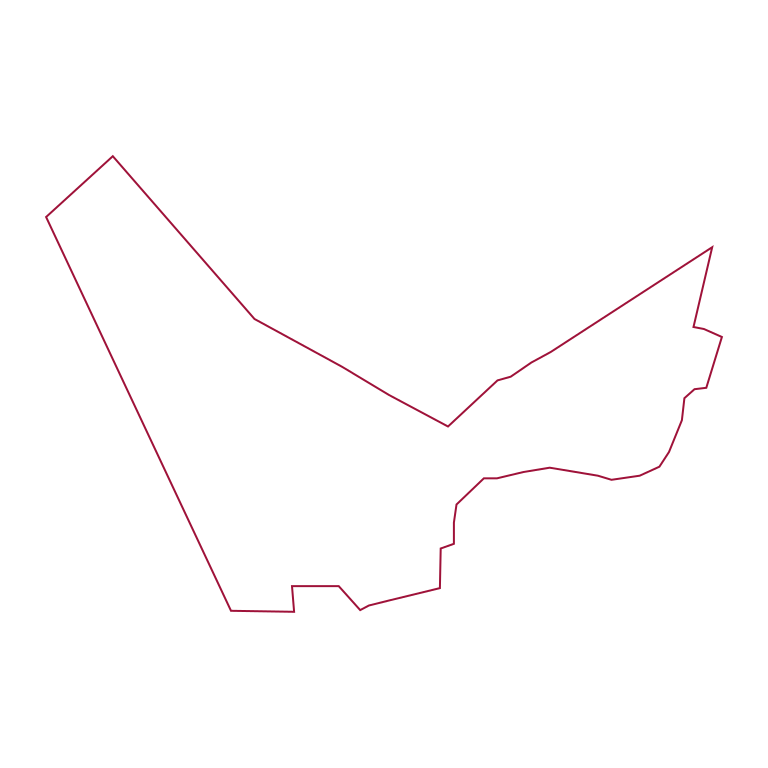 the district of Messias Targino, Rio Grande do Norte, Brazil
{"feature_id": "56859067B56904102074746", "entity_name": "Messias Targino", "entity_type": "district", "adm_level": 2, "iso_a3": "BRA", "parent_name": "Brazil", "parent_adm1": "Rio Grande do Norte", "projection": "albers", "projection_center": [-37.447, -6.084], "detail": "fine", "context": "isolated", "style": "outline", "palette": "rose", "viewbox_px": 768, "rotation_deg": 0, "n_neighbors": 0, "source": "geoboundaries", "source_scale": "gbopen_adm2", "svg_char_len": 630}
<svg xmlns="http://www.w3.org/2000/svg" viewBox="0 0 768 768"><path d="M712.2,247.2L550.7,352.0L531.4,362.5L510.7,376.7L497.5,380.4L448.0,426.5L389.2,395.1L341.9,366.7L293.0,340.0L254.5,319.0L112.8,156.2L46.1,217.0L120.0,374.5L231.0,610.8L294.1,611.8L292.0,586.1L338.7,586.1L360.2,610.1L368.9,605.5L389.4,600.4L439.9,588.1L440.7,548.5L453.9,543.8L453.9,522.6L456.5,504.5L483.9,478.3L497.1,478.3L523.5,472.0L549.7,467.7L597.9,475.7L611.5,479.8L639.7,475.7L659.4,466.7L669.0,452.0L681.9,420.2L684.4,398.2L694.5,389.2L706.3,387.8L721.9,337.0L703.9,329.0L693.5,327.0L712.2,247.2Z" fill="none" stroke="#9f1239" stroke-width="2"/></svg>